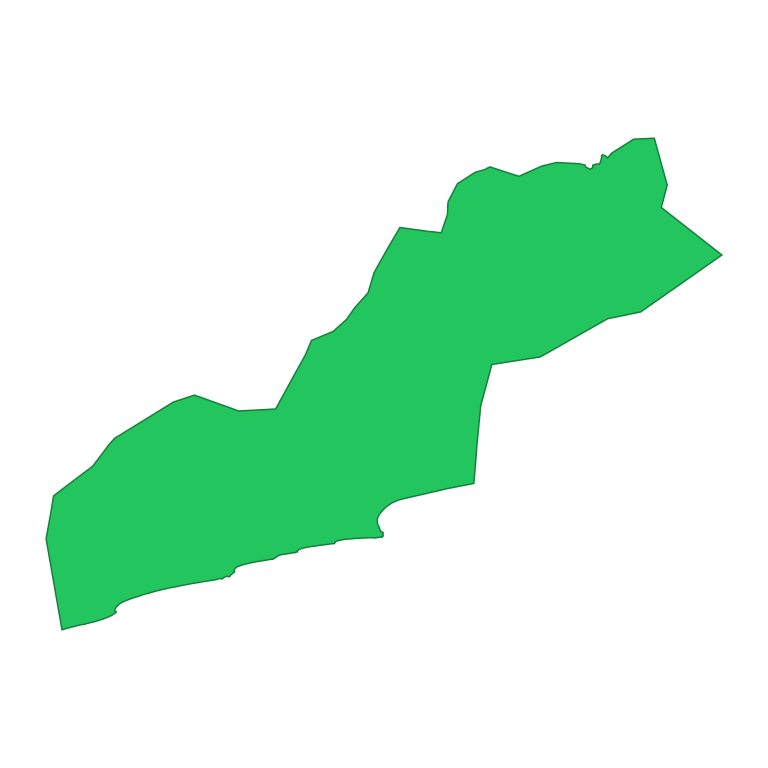 outline of San Pedro Huamelula, Oaxaca, Mexico
{"feature_id": "50627088B52773743390897", "entity_name": "San Pedro Huamelula", "entity_type": "district", "adm_level": 2, "iso_a3": "MEX", "parent_name": "Mexico", "parent_adm1": "Oaxaca", "projection": "albers", "projection_center": [-95.84, 15.975], "detail": "fine", "context": "isolated", "style": "filled", "palette": "green", "viewbox_px": 768, "rotation_deg": 0, "n_neighbors": 0, "source": "geoboundaries", "source_scale": "gbopen_adm2", "svg_char_len": 3318}
<svg xmlns="http://www.w3.org/2000/svg" viewBox="0 0 768 768"><path d="M399.9,227.5L387.5,248.6L374.1,272.6L368.0,292.9L355.0,307.4L346.3,319.7L333.0,331.5L311.5,340.4L305.5,354.7L298.3,367.6L276.5,407.4L275.5,409.0L238.8,411.0L194.4,395.1L173.5,402.0L144.8,419.7L114.5,438.4L113.3,439.8L109.2,444.4L92.8,466.1L67.0,485.6L53.6,495.8L50.3,515.6L46.1,538.8L57.5,604.1L59.4,614.9L62.0,629.8L62.5,629.7L64.3,629.1L68.3,628.0L71.3,627.1L71.8,627.1L72.7,626.8L73.2,626.7L76.3,625.9L78.2,625.4L80.9,624.8L83.0,624.4L83.7,624.3L84.3,624.5L84.8,624.0L85.0,624.1L86.1,623.9L86.5,623.5L88.1,623.2L89.8,622.8L92.4,622.2L94.9,621.6L99.1,620.2L101.0,619.7L103.5,618.9L105.9,617.9L107.0,617.5L108.8,616.8L110.6,615.8L111.1,615.8L111.8,615.2L112.3,615.1L113.0,614.6L113.4,614.3L114.8,613.4L115.2,613.0L115.3,612.5L115.5,612.2L116.2,612.2L116.3,612.0L115.6,611.5L115.2,611.5L114.8,610.8L114.8,610.2L115.1,609.1L115.3,608.6L116.0,607.4L116.9,606.4L117.7,605.6L118.8,604.6L120.3,603.3L122.9,601.9L124.8,601.1L127.3,600.1L129.4,599.3L131.9,598.3L132.4,598.4L133.9,597.7L135.6,597.1L137.5,596.7L139.3,596.0L142.9,594.7L146.0,593.8L148.5,593.2L150.4,592.7L152.4,592.1L156.1,591.0L158.0,590.6L160.9,590.0L162.0,589.6L163.6,589.3L167.4,588.4L169.3,587.9L176.2,586.7L181.5,585.5L190.7,583.8L202.0,581.9L209.5,580.7L214.3,579.9L216.0,579.7L218.0,579.1L219.8,578.6L221.0,578.5L221.4,578.8L222.0,579.0L222.7,578.8L222.9,578.3L223.1,578.0L223.6,577.7L224.7,577.0L225.8,576.6L226.9,576.2L228.1,576.6L229.0,576.7L229.9,576.4L230.4,575.5L230.8,574.9L231.4,574.6L232.2,573.8L232.8,573.2L233.5,572.8L234.1,572.4L234.6,571.7L234.2,571.4L234.3,570.6L234.4,569.6L235.4,568.1L237.3,566.7L242.8,564.8L250.3,562.9L258.3,561.4L263.9,560.5L267.8,559.9L270.2,559.3L272.4,559.3L274.2,558.6L275.3,557.8L276.3,557.1L277.7,556.0L280.9,554.7L285.3,554.1L289.8,553.4L291.9,552.9L294.8,552.7L296.5,551.9L297.3,552.0L297.2,551.1L299.3,549.3L302.1,548.3L307.0,547.3L312.8,546.2L314.4,546.2L319.2,545.4L324.2,544.8L329.9,544.0L332.6,543.6L333.9,543.8L334.7,543.3L335.2,542.1L337.3,540.8L340.9,540.0L345.6,539.2L351.8,538.8L354.8,538.5L363.5,538.0L371.2,537.8L373.2,537.6L373.7,537.8L374.2,538.2L375.0,538.0L375.6,537.7L377.0,537.7L378.4,537.3L380.3,537.1L381.1,536.9L381.9,537.4L382.6,536.4L383.1,536.2L383.3,535.2L383.0,534.7L382.7,534.1L383.0,533.6L383.2,532.9L382.6,532.4L382.0,531.9L380.9,531.6L380.5,531.2L380.1,530.0L379.7,528.9L379.4,527.8L378.8,526.5L377.8,524.4L377.4,522.8L377.3,519.7L377.8,517.3L379.7,514.0L381.2,512.1L383.2,509.8L385.6,507.5L387.7,505.7L392.0,502.9L398.1,500.2L405.6,498.2L409.9,497.3L415.4,496.0L427.6,493.2L431.7,492.2L435.5,491.4L440.1,490.3L446.4,488.8L455.0,487.1L464.8,485.2L473.5,483.5L473.8,483.4L474.0,481.5L474.7,473.5L475.7,461.4L477.0,444.8L477.3,441.3L480.7,405.8L491.9,364.5L505.3,362.4L520.5,360.0L540.3,356.9L542.6,355.6L607.7,318.7L640.7,311.9L721.9,255.0L661.3,207.5L667.2,185.1L654.3,138.2L633.6,139.2L611.7,153.1L607.4,158.0L605.9,156.2L603.0,154.8L601.7,155.3L601.5,158.2L600.1,162.9L599.1,164.3L596.9,163.9L592.8,165.2L592.7,167.7L590.0,169.2L585.6,167.0L585.1,165.4L585.0,165.0L578.8,163.7L556.7,162.5L541.7,166.1L518.9,176.3L489.8,166.9L484.9,169.5L475.2,172.3L457.5,183.6L448.2,201.5L447.8,205.0L447.5,214.4L441.2,232.8L432.1,231.7L428.9,231.5L399.9,227.5Z" fill="#22c55e" stroke="#15803d" stroke-width="1.5"/></svg>